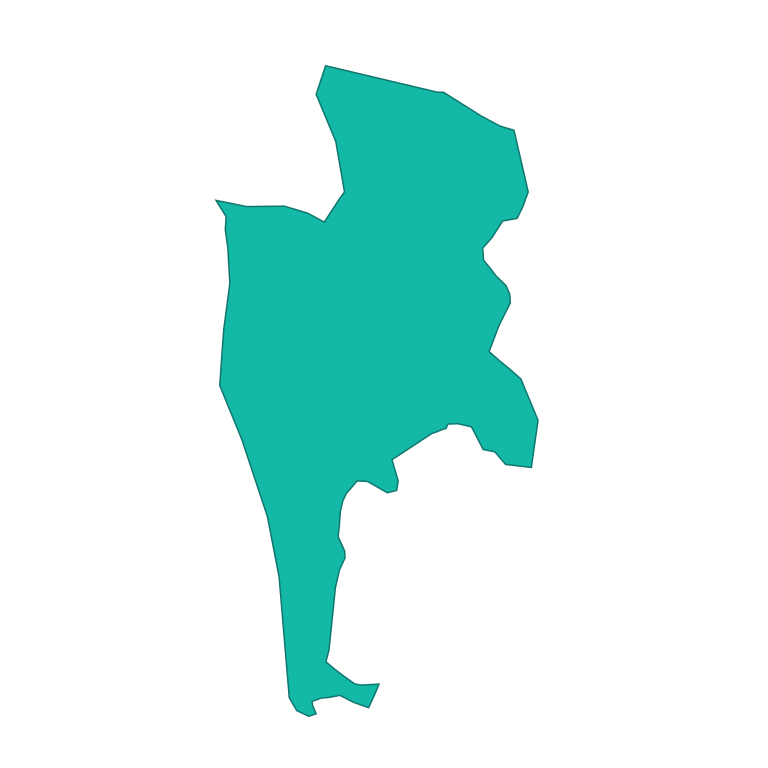 Andoni, Nigeria (Mercator projection), rotated 84°
{"feature_id": "59680162B90577513466378", "entity_name": "Andoni", "entity_type": "district", "adm_level": 2, "iso_a3": "NGA", "parent_name": "Nigeria", "parent_adm1": "", "projection": "mercator", "projection_center": [7.441, 4.514], "detail": "fine", "context": "isolated", "style": "filled", "palette": "teal", "viewbox_px": 768, "rotation_deg": 84, "n_neighbors": 0, "source": "geoboundaries", "source_scale": "gbopen_adm2", "svg_char_len": 1319}
<svg xmlns="http://www.w3.org/2000/svg" viewBox="0 0 768 768"><g transform="rotate(84 384 384)"><path d="M183.8,531.9L201.1,523.5L213.9,525.7L233.0,525.1L267.8,526.8L313.6,537.8L345.1,543.4L368.2,547.5L387.4,542.0L391.0,540.9L421.5,532.0L425.1,531.0L460.8,523.2L503.7,513.8L565.0,508.5L686.2,511.0L699.7,504.9L706.6,493.5L704.9,486.0L696.2,488.6L692.2,488.8L689.8,479.3L690.0,471.7L689.0,460.4L697.5,447.4L704.3,433.2L692.0,425.8L681.9,420.3L681.1,438.1L679.1,444.6L669.5,455.5L662.1,463.2L654.2,470.8L642.7,466.5L581.4,453.6L564.2,447.7L552.8,440.9L546.0,440.6L531.1,445.6L520.6,443.3L506.6,440.8L496.2,437.3L488.9,432.9L477.6,420.8L479.1,410.8L492.5,392.0L491.2,382.6L482.1,380.0L460.1,384.0L438.3,341.7L437.3,337.4L435.2,330.4L434.7,327.0L430.5,324.6L431.2,314.8L435.7,301.5L459.5,292.2L463.1,280.8L476.7,271.5L482.4,246.2L436.2,234.6L393.1,247.4L391.6,248.9L388.4,251.8L383.5,256.3L372.7,266.9L362.8,276.1L337.8,263.5L316.6,249.9L307.6,249.6L298.9,252.4L288.1,261.4L280.7,265.8L271.4,272.0L259.3,271.7L249.8,261.4L234.3,248.9L233.2,234.4L232.4,233.8L222.7,227.7L208.1,220.5L145.3,228.2L139.5,241.9L127.5,259.5L100.2,294.2L99.3,300.7L61.4,408.8L88.9,421.2L137.7,406.6L188.8,403.2L195.6,409.3L216.8,426.5L206.2,441.9L196.7,464.6L193.2,502.1L183.8,531.9Z" fill="#14b8a6" stroke="#0f766e" stroke-width="1.5"/></g></svg>